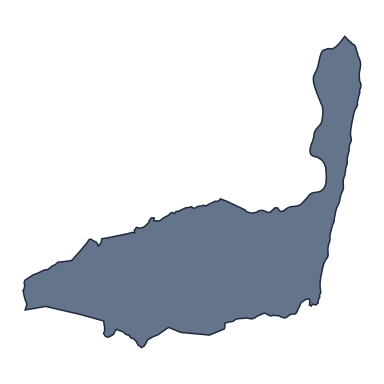 Maraú, Bahia, Brazil (Robinson projection)
{"feature_id": "56859067B48056481531186", "entity_name": "Maraú", "entity_type": "district", "adm_level": 2, "iso_a3": "BRA", "parent_name": "Brazil", "parent_adm1": "Bahia", "projection": "robinson", "projection_center": [-39.108, -14.083], "detail": "fine", "context": "isolated", "style": "filled", "palette": "slate", "viewbox_px": 384, "rotation_deg": 0, "n_neighbors": 0, "source": "geoboundaries", "source_scale": "gbopen_adm2", "svg_char_len": 4238}
<svg xmlns="http://www.w3.org/2000/svg" viewBox="0 0 384 384"><path d="M88.5,240.1L87.7,242.0L80.2,250.9L76.9,254.7L71.5,260.6L60.7,262.0L57.9,262.1L55.3,264.6L51.6,266.3L49.7,268.0L47.8,269.6L45.4,269.8L43.0,270.5L40.3,272.0L38.2,272.9L35.6,274.0L32.8,275.0L25.1,280.1L24.1,282.7L24.7,285.7L24.2,288.3L23.0,290.9L23.6,293.0L24.3,296.6L25.3,300.1L26.4,302.3L26.7,304.9L25.9,307.5L25.1,309.9L32.6,308.7L45.8,306.4L56.1,308.9L69.2,311.9L81.7,314.8L103.6,321.0L104.0,323.8L104.6,327.4L104.7,330.5L103.6,333.5L105.6,336.5L108.1,337.2L110.8,336.0L113.5,334.4L114.8,331.8L116.3,329.3L118.6,330.3L120.6,330.9L123.5,332.2L126.0,334.6L129.0,335.2L130.4,337.6L133.9,339.0L135.3,340.5L136.6,342.1L137.9,344.9L139.9,346.2L141.3,347.6L143.8,346.4L145.4,344.4L146.8,341.4L148.3,339.3L150.2,338.5L152.0,337.2L155.6,335.7L158.4,334.6L160.7,332.8L163.8,330.7L166.3,328.9L168.5,327.4L180.8,332.4L191.3,333.4L193.4,333.6L200.5,334.2L209.4,335.1L224.3,329.0L224.9,326.7L224.9,323.4L228.8,321.9L231.1,321.8L233.3,321.2L235.1,319.8L237.1,318.8L241.6,318.5L244.9,318.2L246.7,317.8L248.9,318.5L252.0,318.9L254.6,318.0L256.6,316.5L258.8,315.4L261.9,314.1L264.4,313.1L267.0,314.2L269.1,315.4L271.2,316.0L273.9,315.2L276.7,315.7L279.2,315.8L280.9,316.9L283.1,317.6L285.1,318.0L287.1,316.9L289.8,314.8L292.1,314.1L295.5,313.9L297.3,311.4L298.0,309.1L299.1,307.3L300.1,305.1L301.0,302.7L303.4,301.0L305.8,299.4L309.4,298.9L309.8,302.0L309.4,305.0L311.3,306.0L312.6,304.1L315.6,305.0L318.0,303.2L318.2,300.3L319.8,297.2L319.4,295.1L320.7,293.1L320.6,290.6L320.2,288.0L320.0,284.9L320.2,282.0L320.6,278.2L321.2,275.3L321.7,272.7L322.2,270.2L323.0,266.7L323.7,264.1L324.6,261.9L325.8,259.7L327.5,257.4L328.2,255.0L327.9,251.7L327.9,248.4L328.4,245.2L329.4,242.3L330.0,239.6L329.9,235.8L330.3,233.6L330.9,231.5L331.7,228.2L332.5,225.1L334.1,221.5L334.3,218.4L334.8,216.1L335.2,213.9L335.7,211.6L336.4,208.8L337.6,205.9L339.0,203.2L339.6,201.1L340.1,198.2L340.6,195.7L341.4,193.4L342.6,191.1L343.4,188.3L343.4,185.3L343.1,182.9L343.4,179.4L344.1,177.1L344.9,174.8L345.4,171.4L345.8,167.8L347.1,164.2L347.2,161.3L347.2,158.8L347.7,155.8L348.5,153.1L349.1,150.1L349.2,147.5L349.5,145.3L350.2,143.3L351.2,141.0L351.2,138.0L350.5,135.1L350.6,131.5L351.1,127.5L351.6,124.5L352.1,121.8L352.9,118.3L353.5,115.0L354.2,112.3L355.0,109.8L356.6,107.3L357.4,104.9L357.4,102.0L358.1,99.0L358.6,96.7L359.3,94.4L359.8,92.3L359.7,90.0L360.6,88.0L361.0,85.2L360.6,83.0L359.6,80.8L359.4,77.4L359.2,74.4L359.5,71.9L360.2,68.3L360.6,65.4L360.4,62.1L359.5,59.0L358.0,55.5L357.1,52.0L356.3,49.7L355.7,47.0L353.9,44.6L352.2,43.8L350.6,41.9L348.8,40.7L344.8,36.4L339.2,43.6L335.6,47.0L332.2,49.0L327.9,48.6L323.0,50.4L321.4,52.6L319.9,57.1L318.3,64.5L317.5,67.6L316.4,70.6L315.0,73.0L313.6,76.2L313.3,79.2L313.6,82.7L314.7,86.9L316.8,92.9L318.7,97.5L320.5,102.3L322.3,106.2L322.9,110.5L322.8,114.6L321.9,120.9L321.0,123.6L318.2,126.9L315.6,130.0L314.3,132.8L313.8,136.3L312.9,140.4L311.3,144.3L310.6,146.8L310.0,149.6L310.1,152.2L310.9,154.5L313.1,156.1L315.1,156.6L318.1,157.6L321.4,159.8L323.2,161.7L324.7,164.7L325.8,167.8L326.1,173.4L326.3,176.7L326.1,181.9L325.3,185.6L323.8,188.4L321.6,190.6L318.8,191.9L315.0,192.4L311.8,193.1L309.8,194.5L306.9,198.0L303.9,201.2L302.4,202.8L300.4,204.8L297.4,205.9L295.0,206.3L292.5,206.5L290.6,206.8L288.0,207.7L286.3,208.7L284.1,210.6L280.8,211.6L279.1,210.3L277.9,208.0L275.2,207.7L272.5,209.9L270.3,212.2L267.4,212.4L265.3,211.2L262.4,210.3L258.8,210.7L256.8,212.2L253.5,212.9L251.1,213.1L248.7,212.4L246.4,211.7L245.3,210.0L226.4,201.1L220.4,198.9L219.0,200.7L217.0,201.4L215.1,201.2L212.7,202.5L210.2,203.5L208.3,204.6L205.7,206.0L203.2,205.2L201.1,206.2L197.9,206.3L195.0,208.2L193.0,207.9L191.3,206.7L189.3,207.4L185.7,207.8L183.6,208.9L180.8,210.0L178.5,211.4L176.2,211.3L174.6,213.6L172.4,212.4L170.4,213.2L168.7,215.1L166.1,216.5L163.4,217.9L161.4,219.6L159.3,221.0L156.6,220.9L153.9,220.8L154.2,217.9L151.4,217.9L149.3,220.5L148.3,223.1L146.2,225.1L143.3,227.4L140.3,228.0L138.2,228.0L136.5,227.3L134.3,230.2L134.7,232.9L132.6,232.4L130.6,232.8L128.5,233.5L116.9,235.9L108.4,237.7L103.8,238.4L101.8,238.8L100.9,243.1L98.3,246.0L97.5,244.0L96.3,242.2L93.4,240.7L90.6,239.0L88.5,240.1Z" fill="#64748b" stroke="#1e293b" stroke-width="1.5"/></svg>